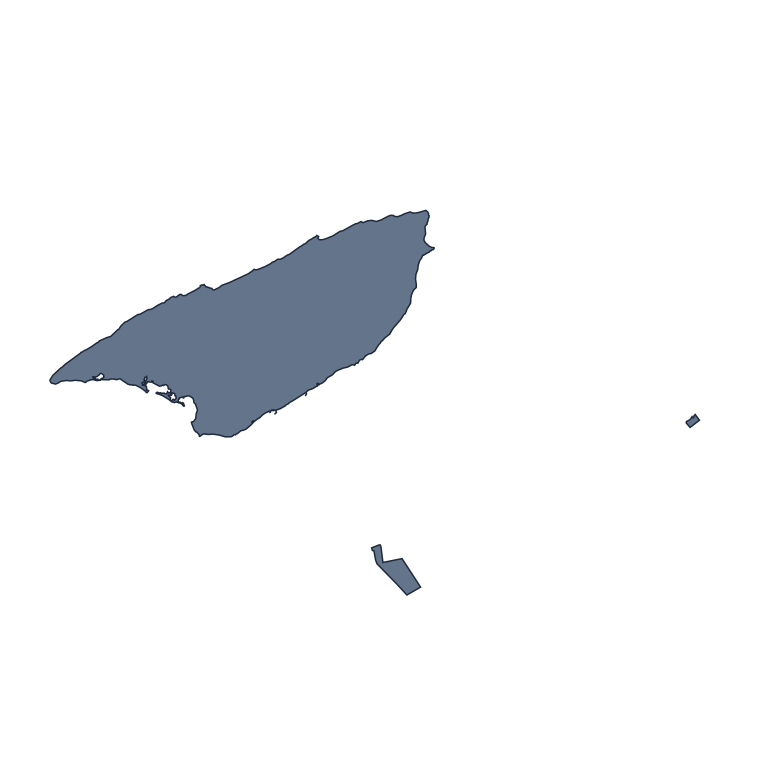 Cozumel, Quintana Roo, Mexico (Robinson projection), rotated 210°
{"feature_id": "50627088B79233583938817", "entity_name": "Cozumel", "entity_type": "district", "adm_level": 2, "iso_a3": "MEX", "parent_name": "Mexico", "parent_adm1": "Quintana Roo", "projection": "robinson", "projection_center": [-86.9, 20.435], "detail": "fine", "context": "isolated", "style": "filled", "palette": "slate", "viewbox_px": 768, "rotation_deg": 210, "n_neighbors": 0, "source": "geoboundaries", "source_scale": "gbopen_adm2", "svg_char_len": 6143}
<svg xmlns="http://www.w3.org/2000/svg" viewBox="0 0 768 768"><g transform="rotate(210 384 384)"><path d="M662.3,258.9L670.0,241.5L671.3,237.2L672.0,236.1L675.1,225.9L675.3,220.4L674.4,219.4L672.6,218.5L668.4,219.7L666.4,222.3L665.6,224.2L663.6,226.1L659.9,228.8L658.2,229.3L655.5,231.0L653.7,232.6L647.7,235.4L643.8,235.8L643.1,236.2L642.6,238.0L640.0,240.9L638.7,242.0L635.7,243.5L635.8,244.3L637.0,244.6L637.6,244.3L638.0,244.6L638.8,243.7L639.7,244.5L638.8,245.4L638.0,245.2L636.1,247.1L635.9,248.1L635.3,249.1L635.0,251.2L634.5,251.6L633.8,251.9L631.2,251.5L630.0,249.6L630.1,248.9L631.5,247.4L632.1,245.3L633.7,244.5L634.3,245.1L635.6,243.0L634.5,243.3L631.4,245.5L631.3,246.3L630.6,246.7L624.2,250.1L623.6,251.3L621.3,252.8L617.4,254.2L616.8,255.2L615.2,256.5L605.7,255.8L603.1,256.4L601.8,257.5L600.7,257.3L600.0,258.1L598.6,258.7L596.7,258.9L592.1,259.0L588.0,258.6L585.5,257.8L584.8,258.1L584.4,260.4L586.1,260.6L586.6,259.4L586.6,260.3L588.6,263.2L590.1,263.1L592.5,262.2L594.2,263.9L593.4,265.2L592.9,267.2L592.9,267.6L594.1,267.9L594.0,269.4L594.5,270.1L593.6,270.9L593.3,271.6L593.1,271.1L592.0,270.4L591.7,264.6L592.4,263.4L591.7,263.3L590.0,264.6L590.3,265.5L589.9,265.8L589.8,266.4L590.0,267.7L586.7,269.1L586.0,269.7L586.5,270.6L585.4,270.9L585.2,269.8L584.6,269.5L577.5,269.8L575.8,271.1L575.2,272.4L574.0,272.5L573.7,273.8L572.1,274.5L570.6,274.1L569.6,273.6L568.5,272.0L567.8,271.9L566.8,272.6L565.8,272.4L565.1,271.4L564.8,269.9L566.1,268.5L567.6,269.1L567.3,266.9L568.5,266.0L570.0,266.2L570.5,265.5L571.3,265.3L571.6,264.7L573.3,264.7L574.1,263.8L576.3,263.5L576.8,262.2L575.5,262.0L575.2,262.4L570.0,263.2L562.5,263.0L559.5,262.5L559.6,262.8L561.3,263.5L561.9,265.4L565.0,266.0L564.9,266.8L563.6,267.4L562.9,267.4L562.5,268.1L562.6,269.1L563.6,268.9L563.7,269.3L563.3,270.4L560.5,271.1L559.1,269.3L558.5,269.6L558.0,269.2L556.9,267.6L557.3,266.1L557.2,265.2L557.4,265.0L557.9,265.4L559.0,265.4L559.5,263.8L559.2,262.6L556.5,262.9L554.7,264.7L552.6,265.0L554.0,266.8L554.2,267.4L553.8,268.9L554.3,269.5L552.0,272.1L551.3,272.2L550.8,271.5L550.4,271.9L550.7,272.9L550.3,273.6L549.4,274.0L549.1,274.6L546.9,276.3L542.5,276.2L540.6,274.6L539.7,273.3L538.7,272.6L537.3,272.4L532.6,268.3L531.7,264.2L530.0,260.4L529.8,259.2L530.2,256.4L531.7,254.7L530.9,253.7L525.5,249.4L523.3,248.5L521.6,248.7L518.6,247.5L517.7,246.4L517.3,246.5L515.7,250.2L514.3,251.0L511.0,252.4L507.1,255.0L501.5,257.3L494.9,258.9L489.9,262.0L489.0,263.4L488.7,264.7L487.4,266.0L487.3,265.8L487.2,265.8L487.2,266.5L486.2,267.6L484.6,271.9L482.1,274.2L481.9,274.0L482.1,274.3L480.9,276.0L478.9,281.5L477.8,286.3L478.6,286.0L479.0,284.8L479.4,284.9L479.2,286.3L478.4,287.0L477.6,286.7L476.3,290.0L475.6,291.4L475.2,291.5L473.4,297.3L471.8,300.4L469.4,303.4L468.6,302.4L468.4,302.7L469.4,303.4L468.8,304.0L467.8,305.4L467.6,305.0L467.4,305.2L467.7,305.5L467.1,305.6L467.4,305.8L466.9,306.1L466.3,306.2L466.4,306.5L465.6,306.8L464.6,307.1L463.0,305.5L463.7,303.0L462.9,305.5L464.5,307.2L460.9,311.5L460.9,311.9L458.7,315.4L458.9,315.6L458.1,317.4L456.8,319.2L456.6,320.7L455.3,322.6L447.8,336.9L447.2,337.3L446.3,336.9L446.1,334.2L446.2,336.9L447.0,337.3L447.3,338.3L446.3,341.1L443.4,344.3L441.3,348.4L440.9,348.4L440.6,349.0L441.1,350.3L442.1,350.4L442.1,351.2L441.3,351.5L440.8,350.5L439.9,350.6L439.7,352.0L439.0,352.4L437.8,354.3L436.5,357.7L436.4,359.8L435.9,361.7L433.2,366.2L432.3,370.5L430.0,374.0L428.4,375.8L428.1,376.6L423.9,380.5L421.3,384.7L419.7,385.5L419.0,385.4L418.7,386.2L418.8,387.8L417.0,389.1L417.1,392.4L415.8,394.1L414.7,394.4L414.0,399.3L412.2,402.4L410.2,404.2L408.4,408.2L408.4,411.8L408.2,415.2L407.6,417.8L407.8,418.7L406.9,421.2L406.3,424.5L404.0,430.0L404.0,436.6L401.8,448.0L401.6,453.8L400.8,455.8L401.5,459.9L401.4,467.3L403.8,472.0L404.8,475.2L405.4,479.9L404.3,483.7L405.9,486.5L409.2,490.7L411.3,495.3L411.9,499.5L413.9,504.5L414.8,509.1L414.4,511.3L414.8,515.0L414.1,515.3L412.3,518.7L410.9,520.6L410.8,522.2L409.9,522.8L409.6,524.1L408.5,525.0L408.4,526.4L408.6,527.0L409.0,527.0L411.2,526.1L413.5,525.9L418.9,527.1L421.3,528.5L422.4,530.8L423.0,534.8L427.1,540.6L427.2,541.9L426.6,543.8L427.4,545.6L427.4,547.0L428.3,549.1L428.4,550.9L429.0,552.3L429.9,552.6L430.7,553.9L432.3,554.9L434.6,555.3L439.2,550.4L442.3,547.7L445.1,546.3L447.4,546.1L451.8,541.1L453.3,538.7L456.1,535.5L458.8,534.4L460.0,534.7L462.5,533.5L464.2,531.5L468.6,524.6L471.8,521.0L476.4,519.6L479.9,517.0L482.5,513.6L483.4,513.1L485.0,513.2L485.5,512.7L487.1,509.9L488.5,508.8L490.0,506.7L496.2,496.3L498.6,494.0L502.3,486.7L507.6,480.0L510.1,477.7L512.4,476.6L514.1,477.2L514.3,479.0L516.4,479.1L516.9,476.9L517.9,476.1L519.3,473.1L520.9,470.8L522.3,466.2L523.5,464.8L524.7,461.7L525.3,461.2L530.5,449.6L531.5,448.0L532.1,447.5L534.2,443.2L536.0,440.3L538.5,438.9L540.1,435.1L541.6,433.8L542.3,431.6L545.9,426.0L550.2,420.5L552.3,418.5L553.4,418.6L554.0,418.1L554.4,416.4L556.8,411.4L568.7,394.5L573.9,388.2L574.9,385.3L578.2,380.4L579.0,380.1L581.1,380.7L583.0,379.9L583.9,380.1L585.1,379.5L585.9,379.6L586.6,379.1L588.2,379.7L588.8,379.6L589.6,380.2L590.3,378.9L591.1,378.9L592.3,377.4L591.8,376.4L591.9,375.0L592.6,374.3L594.1,371.2L599.0,363.7L599.8,361.7L602.1,360.1L603.5,359.9L604.5,360.2L605.8,359.3L607.4,355.3L608.4,354.7L610.1,354.7L611.9,352.3L612.9,349.4L613.9,348.2L614.7,346.1L614.4,345.5L614.7,344.6L616.6,343.1L619.2,339.2L622.1,333.6L623.4,331.9L625.4,330.5L630.0,322.7L632.0,320.9L637.9,309.7L639.4,307.9L640.9,302.7L641.0,299.1L641.7,298.0L644.5,288.5L647.2,285.7L652.0,279.1L652.4,277.0L653.3,276.0L655.8,270.5L659.0,264.6L660.0,263.6L661.2,261.0L662.2,259.9L662.3,258.9ZM312.8,235.9L310.8,234.0L309.4,234.6L303.3,227.4L300.2,224.8L272.8,217.1L258.7,212.7L250.8,226.4L281.1,241.8L295.7,228.9L305.1,241.3L306.6,242.7L307.0,242.2L307.7,242.3L312.8,235.9ZM99.3,513.2L99.6,511.3L99.0,509.7L99.4,509.2L100.9,509.8L100.9,507.7L101.4,505.7L103.3,502.8L102.8,501.4L97.2,499.4L92.7,510.4L99.3,513.2ZM547.0,264.7L546.1,264.7L546.0,265.4L546.6,265.6L547.4,266.7L548.6,266.9L548.8,267.3L549.0,267.3L549.2,266.3L551.8,266.3L552.2,265.8L552.2,265.4L549.1,265.6L547.0,264.7Z" fill="#64748b" stroke="#1e293b" stroke-width="1.5"/></g></svg>